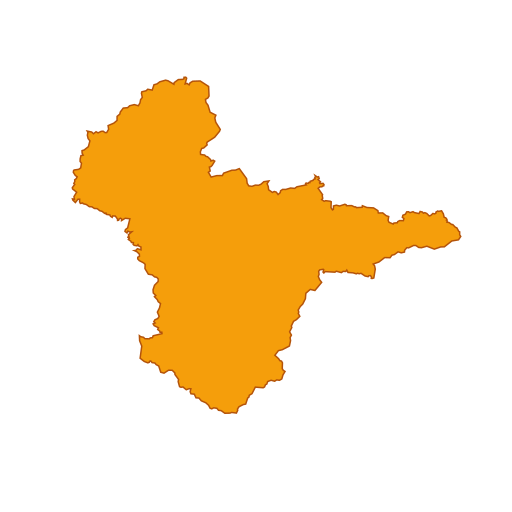 the district of Dak Glei, Kon Tum, Vietnam, rotated 102°
{"feature_id": "81297802B20367953633835", "entity_name": "Dak Glei", "entity_type": "district", "adm_level": 2, "iso_a3": "VNM", "parent_name": "Vietnam", "parent_adm1": "Kon Tum", "projection": "natural_earth1", "projection_center": [107.734, 15.137], "detail": "fine", "context": "isolated", "style": "filled", "palette": "amber", "viewbox_px": 512, "rotation_deg": 102, "n_neighbors": 0, "source": "geoboundaries", "source_scale": "gbopen_adm2", "svg_char_len": 6127}
<svg xmlns="http://www.w3.org/2000/svg" viewBox="0 0 512 512"><g transform="rotate(102 256 256)"><path d="M212.2,83.0L208.7,77.2L207.9,73.7L200.6,67.6L198.1,61.3L194.3,59.8L192.9,61.2L190.0,61.8L189.7,62.8L186.7,65.4L186.4,67.0L184.3,70.1L184.5,71.2L183.1,74.3L183.2,76.3L181.9,76.2L181.4,77.2L180.5,76.8L179.2,78.3L179.0,80.0L175.8,81.5L173.2,83.9L174.4,86.7L174.2,87.6L175.6,89.1L176.9,89.0L177.7,90.2L177.6,91.8L180.1,93.6L180.8,94.9L178.9,97.8L178.5,99.9L179.3,101.2L178.4,102.3L178.3,104.7L180.6,105.4L180.6,110.1L180.0,111.6L181.6,114.4L181.0,116.0L181.5,117.8L184.0,118.5L185.6,120.8L187.8,120.9L188.6,119.1L190.8,119.2L191.5,122.9L192.9,124.5L194.1,124.7L195.1,128.0L196.2,128.4L195.4,132.9L193.7,134.2L189.8,134.4L189.5,137.1L187.5,141.0L188.5,145.3L186.3,146.2L184.5,151.0L185.5,157.6L184.7,162.4L186.3,162.3L187.8,167.8L187.2,168.7L187.5,169.8L186.8,172.9L188.0,178.0L187.2,178.4L186.9,179.8L189.7,184.6L189.6,188.0L190.9,190.6L194.3,190.0L195.0,190.8L193.1,192.7L187.3,193.7L187.0,194.7L187.4,199.4L188.3,200.7L187.2,203.5L185.7,202.7L183.1,203.8L182.2,203.6L176.9,209.3L175.1,207.9L174.6,205.9L173.6,205.3L173.4,204.4L172.1,204.3L171.0,205.5L171.9,208.6L171.2,209.1L170.0,208.4L168.3,211.3L167.1,210.3L165.4,211.3L166.0,212.4L165.0,214.9L165.8,214.3L167.4,214.8L168.2,214.1L169.2,215.7L170.2,215.9L171.6,218.5L173.0,218.6L173.0,219.5L174.1,220.0L174.2,222.2L175.2,222.6L176.0,221.6L179.8,230.4L181.8,232.2L182.3,236.3L184.7,240.7L185.3,243.8L187.1,245.5L189.0,245.5L191.3,247.2L189.3,249.4L189.1,251.6L190.4,253.1L188.6,257.4L185.4,258.5L183.0,260.2L179.9,259.0L181.7,263.8L184.7,266.0L186.3,268.2L186.8,271.4L188.7,274.4L188.9,277.7L186.6,279.8L182.3,281.3L174.0,290.5L176.3,294.0L177.1,297.4L181.7,304.9L184.3,305.6L185.5,311.0L188.1,316.3L184.0,320.0L182.4,318.5L178.7,320.1L178.0,318.7L176.4,317.7L171.8,316.1L171.2,317.8L172.5,319.8L171.1,320.5L169.0,324.0L168.9,325.9L167.9,327.2L168.2,331.3L165.7,332.1L162.1,331.5L161.2,329.6L157.5,326.9L156.0,327.7L154.7,327.4L148.4,321.1L141.6,317.6L139.6,317.3L133.5,323.2L129.5,325.0L126.6,324.5L124.9,330.8L118.5,334.3L116.2,336.9L113.3,338.0L111.4,335.9L109.3,335.2L100.0,337.6L96.4,347.0L98.2,354.2L100.3,356.5L102.5,357.0L101.5,359.4L102.4,361.1L96.5,360.8L95.7,361.9L96.2,363.6L97.5,363.3L98.4,364.2L99.6,368.7L103.4,372.1L105.1,372.0L102.9,378.5L102.8,381.0L105.6,386.3L108.3,388.7L109.7,391.4L115.3,392.0L115.4,396.6L117.2,397.8L119.1,401.8L120.6,401.9L124.5,400.2L127.1,401.4L130.3,401.3L133.5,402.3L133.2,406.5L135.3,410.8L137.6,412.4L138.9,416.6L143.4,418.7L145.5,418.7L148.3,420.9L152.3,420.1L155.6,422.7L159.2,427.8L162.7,426.5L166.3,427.7L166.7,429.2L165.7,431.5L166.3,433.4L168.4,436.1L167.7,438.3L170.2,440.4L168.9,442.5L168.9,447.1L170.0,446.1L172.9,446.1L176.1,444.6L177.9,442.4L183.9,442.7L188.0,446.1L189.1,448.1L191.5,447.5L193.3,446.0L194.2,448.1L197.6,448.2L200.1,447.7L201.5,446.0L206.3,445.8L208.1,447.5L209.7,451.8L210.4,452.2L212.1,452.1L214.8,449.5L215.7,447.4L217.7,447.9L219.2,449.2L220.8,448.7L222.9,449.3L223.6,448.2L227.4,449.9L228.6,449.3L230.9,444.7L235.7,446.4L238.3,445.4L238.3,447.4L239.4,446.8L241.3,443.8L237.5,442.0L237.1,440.3L239.7,439.8L241.1,438.7L240.2,436.6L240.8,435.8L240.9,432.7L242.4,429.3L242.0,426.8L243.1,424.0L242.7,421.1L244.2,418.3L244.3,415.9L245.8,412.9L244.9,411.1L245.8,411.8L246.4,411.0L246.2,407.5L247.4,406.6L248.1,404.7L246.6,404.5L246.2,401.9L248.6,399.2L250.0,398.8L249.6,397.8L248.3,397.6L247.2,396.5L247.6,395.2L249.3,394.9L246.3,391.8L245.8,387.1L255.2,387.4L257.3,389.2L259.2,389.3L260.3,387.0L258.3,386.5L258.8,384.6L258.1,382.5L261.7,385.2L264.0,384.1L264.1,385.8L265.0,383.6L266.4,384.3L267.6,381.4L268.7,380.7L268.4,378.7L270.2,378.6L270.9,377.4L270.8,374.5L269.4,373.8L270.7,372.6L271.1,370.4L273.9,369.8L273.5,373.5L275.6,374.8L276.0,376.0L276.6,373.4L278.4,370.5L280.6,369.9L281.8,371.4L283.4,371.1L284.8,369.2L286.1,364.5L287.2,362.7L291.4,362.0L296.2,357.5L296.0,353.6L297.5,350.9L297.5,348.7L298.7,346.9L301.3,346.4L305.7,349.2L310.4,349.7L313.5,348.8L315.5,345.8L316.9,346.9L319.2,343.5L321.0,342.2L322.4,339.5L326.8,339.6L331.4,340.8L335.2,338.2L337.6,339.1L339.4,341.6L341.5,342.3L342.5,340.7L343.8,342.5L345.3,341.1L346.5,336.5L348.3,336.9L349.5,334.5L350.6,334.0L350.1,332.3L351.5,331.8L355.4,340.0L357.4,340.3L358.1,342.4L359.2,343.2L360.0,347.5L358.9,349.1L358.9,352.0L358.2,353.5L363.1,352.2L367.9,349.0L380.1,348.1L382.4,343.4L383.0,339.6L382.2,338.3L381.1,338.2L380.6,337.1L381.9,335.5L381.7,332.7L383.0,331.1L383.8,328.3L389.5,325.0L389.7,321.6L385.9,317.8L385.2,314.2L387.2,311.1L388.8,310.6L392.8,306.1L395.1,306.0L399.7,303.6L400.0,302.1L399.3,300.2L401.3,296.4L399.7,293.9L399.4,292.1L402.4,292.2L404.3,291.0L404.0,287.6L407.2,285.2L406.8,282.3L409.0,279.4L410.0,274.6L411.9,271.3L414.4,269.3L414.7,267.5L413.3,265.8L413.1,262.6L414.7,260.6L414.5,257.9L416.3,253.8L415.1,248.8L414.1,247.3L413.7,242.5L410.7,241.8L409.6,242.3L407.0,241.3L404.0,237.6L403.0,235.3L396.6,234.6L395.5,233.6L393.6,233.6L391.5,231.3L384.4,229.4L383.4,221.6L382.3,220.4L380.0,220.0L379.0,218.8L376.4,218.5L374.4,215.4L374.6,211.7L372.9,210.0L372.7,207.2L370.9,205.2L366.7,204.9L362.9,203.6L362.1,205.6L360.7,206.9L355.0,207.9L353.5,209.2L353.4,210.9L351.7,212.6L349.2,216.9L343.9,214.4L342.2,210.8L337.1,204.6L331.6,204.6L328.7,205.7L326.0,204.9L323.2,207.4L318.5,206.1L317.2,206.9L312.1,205.7L309.8,203.2L305.9,200.6L303.4,202.7L301.9,202.5L300.1,203.5L296.2,202.2L293.3,200.3L287.5,198.8L282.1,199.5L277.4,196.0L277.5,191.2L268.1,186.3L266.0,188.8L263.1,190.8L260.8,190.5L258.0,191.5L256.3,190.8L255.0,187.5L255.3,186.9L257.8,187.1L258.5,186.1L256.9,185.1L255.4,175.4L254.2,174.3L254.5,169.0L252.9,167.6L252.5,165.0L250.9,164.3L253.0,162.6L252.3,157.6L252.6,154.2L251.8,153.2L251.9,151.3L251.1,149.7L252.9,145.2L252.9,142.0L251.8,141.5L251.4,139.9L252.6,138.7L253.9,138.6L253.9,137.8L253.0,136.2L244.1,136.6L241.0,137.9L239.5,139.7L236.3,134.5L230.8,129.8L229.8,124.5L226.9,123.2L225.8,120.9L222.4,117.9L222.7,114.6L221.3,111.6L219.4,111.8L216.5,110.2L216.3,108.4L212.9,104.0L212.5,101.7L213.8,98.7L213.5,95.9L210.9,90.9L212.2,83.0Z" fill="#f59e0b" stroke="#b45309" stroke-width="1.5"/></g></svg>